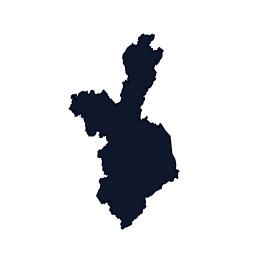 the border of Irkutsk, rotated 291°
{"feature_id": "RUS-2602", "entity_name": "Irkutsk", "entity_type": "Region", "adm_level": 1, "iso_a3": "RUS", "parent_name": "Russia", "parent_adm1": "", "projection": "equal_earth", "projection_center": [107.861, 57.716], "detail": "fine", "context": "isolated", "style": "filled", "palette": "ink", "viewbox_px": 256, "rotation_deg": 291, "n_neighbors": 0, "source": "natural_earth", "source_scale": "10m", "svg_char_len": 5919}
<svg xmlns="http://www.w3.org/2000/svg" viewBox="0 0 256 256"><g transform="rotate(291 128 128)"><path d="M84.2,117.3L88.2,116.3L89.3,115.1L90.9,114.4L91.3,113.6L91.1,112.7L90.4,112.3L90.2,111.0L90.5,110.4L91.7,109.8L93.6,109.7L95.1,108.7L95.6,109.2L97.6,109.3L96.9,109.6L96.9,110.1L97.9,111.4L99.5,112.1L99.6,112.5L102.0,112.7L102.4,113.8L101.7,114.3L104.5,114.1L105.9,114.6L106.4,115.5L109.1,114.9L109.7,114.4L108.9,113.5L109.2,113.0L112.0,111.3L113.6,110.9L113.2,109.3L112.4,108.8L112.8,108.4L112.7,107.6L112.3,107.2L110.7,107.3L109.8,106.6L109.4,105.2L111.1,104.4L111.2,103.8L114.9,103.7L114.4,103.2L114.9,102.3L114.4,101.2L114.9,99.9L113.4,99.5L110.2,99.5L108.5,98.5L107.4,96.3L108.0,95.3L107.0,94.5L108.3,94.0L107.8,93.5L108.4,92.7L108.3,92.3L110.0,91.4L111.4,91.3L110.8,90.1L109.7,89.8L113.5,89.1L114.2,88.2L116.8,87.1L117.7,87.3L118.8,86.7L118.4,85.4L120.8,83.9L122.4,83.6L122.1,83.0L122.7,81.8L121.8,81.5L123.0,81.0L122.6,80.5L123.4,80.6L124.7,79.7L124.5,79.0L125.4,78.6L123.2,77.9L123.4,77.3L122.7,76.4L121.0,76.0L120.3,74.5L122.5,74.1L122.6,73.3L122.2,73.1L122.2,72.8L122.8,72.3L124.5,72.5L125.0,71.8L123.3,70.7L124.7,69.7L124.3,69.0L125.5,67.7L124.7,67.0L124.9,66.5L126.0,66.6L127.6,67.4L128.5,66.8L129.3,66.8L129.9,67.5L131.4,67.6L132.2,66.5L136.7,66.4L137.1,66.1L136.3,64.6L134.9,64.5L137.0,64.3L137.4,63.8L138.7,64.4L138.3,64.7L138.8,64.9L138.4,65.4L140.2,66.5L139.9,67.1L140.5,67.6L139.6,68.2L136.9,68.0L136.7,69.2L135.6,69.6L135.6,70.0L139.0,69.8L141.2,70.4L142.6,70.2L144.0,71.2L144.4,72.0L145.1,72.0L145.2,72.8L145.8,73.1L145.4,73.5L145.8,73.7L146.0,75.6L147.3,76.6L146.0,77.3L145.2,78.8L144.3,78.8L144.4,79.3L146.1,80.3L149.4,80.3L149.3,80.8L150.1,81.4L149.6,81.8L150.1,82.5L147.1,85.1L147.3,86.5L149.2,88.1L148.7,90.0L150.9,90.5L151.8,91.6L153.4,91.3L154.3,91.7L153.9,93.1L152.2,94.6L152.6,95.1L152.5,95.8L150.8,96.0L151.3,96.8L149.8,98.0L150.0,98.5L149.4,98.8L148.9,99.9L148.4,100.2L148.1,101.2L148.6,102.0L147.6,103.1L147.7,103.6L146.6,104.5L146.8,105.7L144.8,107.3L145.4,107.8L144.7,108.2L144.7,108.7L146.7,109.0L146.9,109.9L147.7,110.3L147.8,111.1L148.6,111.1L149.3,111.9L152.9,111.9L154.9,111.2L155.3,110.5L155.2,110.0L156.2,109.3L158.6,109.7L159.3,109.5L160.0,109.9L160.9,109.3L162.3,109.2L163.7,109.8L164.6,109.1L166.1,109.1L168.2,107.0L168.6,107.0L169.1,107.8L168.7,108.3L168.8,108.9L171.5,108.8L171.6,109.2L170.7,109.6L170.2,110.5L170.2,112.4L170.7,113.0L171.5,112.1L171.1,111.1L171.7,111.4L173.9,110.3L176.6,110.2L178.1,109.2L178.2,108.5L177.8,108.1L179.2,107.0L179.0,106.4L180.5,106.0L181.1,105.2L182.5,105.3L182.5,104.7L183.6,104.6L184.6,103.4L186.6,102.3L186.2,101.8L186.3,101.3L187.5,100.2L188.5,100.5L191.6,98.1L195.1,97.4L198.2,98.5L202.3,99.0L205.5,100.8L206.2,101.9L208.1,102.1L207.6,102.7L206.7,102.6L206.3,103.1L207.7,104.0L207.6,105.5L206.7,106.1L207.9,106.7L210.9,107.2L212.1,106.6L212.6,107.4L213.2,107.5L214.4,106.2L216.2,105.9L217.2,106.8L220.1,107.8L220.2,108.6L220.9,109.0L219.8,109.9L220.0,111.1L221.2,111.6L221.2,112.2L220.8,112.7L221.7,113.6L221.7,114.7L221.0,115.5L223.9,116.9L223.5,117.9L224.0,118.6L224.0,119.2L220.4,119.7L219.0,119.3L217.5,118.0L216.2,117.6L215.5,118.1L214.9,117.6L212.4,117.5L210.8,118.4L211.8,119.6L211.7,120.0L210.4,120.1L210.1,121.4L210.5,122.3L208.0,123.3L208.8,124.0L208.6,124.9L209.8,125.2L209.6,126.1L210.2,126.7L210.6,128.0L211.2,127.9L211.2,128.7L212.1,128.6L212.5,128.0L214.1,128.3L213.8,129.3L212.7,129.7L213.3,130.6L213.4,131.4L212.6,131.9L212.6,132.7L212.0,132.5L211.7,133.0L210.8,132.5L210.7,131.8L209.1,133.1L208.3,133.1L208.3,133.4L206.5,133.9L204.5,133.6L202.8,132.7L200.9,133.1L197.4,131.6L198.2,130.9L201.6,129.7L200.7,128.8L198.5,128.8L197.1,129.9L194.6,130.3L192.3,130.0L191.8,130.8L192.0,131.3L190.5,132.9L190.0,134.2L187.7,134.2L187.3,134.6L184.8,134.4L183.7,135.3L183.8,135.8L182.9,135.9L182.1,135.2L179.7,134.4L178.5,134.9L174.7,134.3L173.4,133.6L173.0,132.6L173.3,131.9L172.6,131.6L171.0,132.6L169.2,132.4L168.2,131.8L165.8,132.1L164.3,131.1L163.9,130.1L162.9,130.2L161.9,131.6L162.2,132.2L160.5,133.0L157.1,132.5L155.9,132.9L153.8,131.8L151.0,131.5L150.1,132.3L149.9,132.9L150.1,133.3L149.2,134.1L146.2,133.8L145.4,134.5L144.1,134.4L142.3,135.3L140.4,135.4L140.7,136.0L139.3,137.7L139.5,138.3L141.3,138.6L142.9,140.8L145.1,141.5L144.4,142.1L142.7,141.7L141.8,142.5L141.1,145.0L140.4,145.2L140.5,146.0L139.9,146.7L140.3,147.3L140.1,148.3L141.2,149.0L141.2,149.6L140.5,150.7L140.6,151.6L141.1,152.1L140.5,152.5L140.6,154.6L139.4,156.1L143.4,156.6L143.2,157.3L138.3,164.0L135.3,170.0L119.5,178.1L115.7,182.5L113.2,184.3L110.3,185.7L106.2,186.9L106.0,188.8L106.3,189.9L105.8,190.7L104.8,190.2L102.4,190.6L99.0,192.2L99.1,189.3L97.0,188.4L94.9,188.9L93.7,187.0L94.0,184.9L90.3,182.9L88.7,181.2L88.5,180.4L85.4,179.8L84.3,180.5L83.6,180.4L83.0,179.8L83.2,179.4L81.2,178.4L81.4,177.9L79.7,176.8L79.5,176.2L74.6,174.3L70.8,171.1L70.4,170.5L71.0,170.1L70.9,169.7L69.8,168.2L68.2,169.0L66.5,169.0L66.2,169.4L66.5,170.0L64.8,170.8L62.1,171.0L62.0,171.8L61.0,172.7L58.9,171.8L59.6,171.1L58.5,170.6L56.4,170.5L55.7,171.1L53.5,171.2L53.0,170.9L53.1,169.8L51.0,169.5L50.4,168.4L47.5,168.2L47.4,167.6L46.2,167.3L45.3,165.9L43.7,165.7L41.6,164.5L40.4,164.8L40.0,165.5L39.0,165.3L35.0,161.7L35.1,160.8L32.0,159.2L32.1,158.2L32.5,157.7L34.2,157.6L35.6,155.8L39.8,156.3L39.9,154.5L41.1,153.0L41.3,152.2L40.3,151.1L41.1,150.6L40.9,150.3L41.5,148.7L43.3,148.0L42.8,146.9L42.7,145.7L43.0,145.3L42.2,144.7L42.8,144.2L42.4,143.5L44.1,142.6L44.4,141.0L45.6,140.2L47.5,140.7L48.3,139.7L49.4,139.2L49.5,137.4L52.0,137.1L52.1,135.7L51.1,135.6L51.5,133.4L49.2,133.1L49.2,132.3L50.4,131.7L49.3,131.5L48.2,130.7L53.6,123.2L60.1,123.4L60.9,124.0L61.8,124.1L62.9,123.6L65.6,123.3L66.3,122.1L68.0,120.5L70.7,120.6L71.3,122.7L73.1,124.0L72.8,124.4L73.3,125.8L76.0,127.2L77.8,126.3L77.8,125.7L76.6,124.6L77.3,123.6L76.8,122.5L78.5,122.4L79.6,121.2L79.4,120.2L80.9,119.2L82.8,119.2L84.2,117.3Z" fill="#0f172a" stroke="#020617" stroke-width="1.5"/></g></svg>